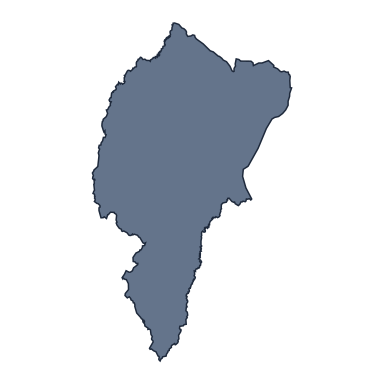 outline of Bolgatanga Municipal, Upper East, Ghana
{"feature_id": "2480657B19364380807593", "entity_name": "Bolgatanga Municipal", "entity_type": "district", "adm_level": 2, "iso_a3": "GHA", "parent_name": "Ghana", "parent_adm1": "Upper East", "projection": "equal_earth", "projection_center": [-0.942, 10.748], "detail": "fine", "context": "isolated", "style": "filled", "palette": "slate", "viewbox_px": 384, "rotation_deg": 0, "n_neighbors": 0, "source": "geoboundaries", "source_scale": "gbopen_adm2", "svg_char_len": 5912}
<svg xmlns="http://www.w3.org/2000/svg" viewBox="0 0 384 384"><path d="M291.6,87.9L290.2,87.6L289.8,80.5L290.2,76.4L289.6,74.8L288.9,74.6L288.2,72.1L286.4,72.2L284.1,71.1L281.7,71.8L280.4,71.5L277.6,68.8L273.6,67.0L273.8,65.4L268.5,60.6L262.1,63.0L258.8,63.0L253.4,65.6L253.0,62.9L251.0,61.2L240.7,61.1L238.9,59.5L236.2,58.9L235.2,63.9L235.5,66.1L234.1,68.3L234.0,71.4L233.2,71.6L232.0,70.8L230.0,66.3L226.5,61.7L223.3,60.1L221.7,58.2L219.4,56.4L218.3,56.2L213.3,51.9L210.2,50.8L203.2,43.9L196.4,39.0L195.1,37.3L194.6,35.4L192.8,34.9L190.8,36.0L187.7,36.4L186.3,33.9L186.5,32.0L185.7,30.4L183.9,28.7L181.9,28.0L178.8,24.4L174.6,23.0L173.1,23.2L173.0,24.8L172.1,24.9L172.5,26.3L172.0,27.6L171.9,29.9L170.3,31.1L170.0,32.0L170.5,34.8L169.9,35.8L170.2,36.5L169.4,37.2L169.6,36.5L169.1,35.9L167.0,38.7L166.9,37.5L166.4,37.9L166.5,38.8L165.8,38.9L165.2,40.7L164.6,40.2L164.2,41.5L164.6,41.9L164.5,44.2L165.1,44.4L164.9,45.7L163.0,46.4L162.8,48.3L161.3,49.0L161.5,50.0L160.6,51.8L160.1,51.3L159.2,52.2L159.4,53.0L158.6,53.0L158.4,54.1L159.6,54.9L159.3,55.7L158.5,55.8L158.0,54.8L157.6,56.5L157.1,55.5L156.7,56.9L155.5,56.6L155.5,58.1L154.4,57.4L153.2,57.6L152.9,58.5L150.7,59.8L150.3,61.3L149.4,60.5L146.5,60.4L144.9,59.2L142.8,59.5L141.5,57.6L140.4,57.3L139.4,58.8L138.0,59.4L138.0,60.5L136.8,61.5L136.3,62.8L136.4,66.7L134.7,67.2L133.4,68.6L132.9,68.3L132.5,69.5L130.5,71.3L129.9,70.6L128.2,70.3L127.3,71.1L125.2,75.1L124.4,75.4L125.0,76.5L124.2,77.8L124.4,80.6L124.0,81.2L124.9,81.5L124.4,83.1L122.5,84.2L121.7,83.2L120.5,83.2L120.2,83.9L118.7,82.2L118.1,84.7L117.4,84.4L115.5,86.7L116.3,88.7L115.9,89.7L113.5,91.0L113.4,92.0L112.7,91.9L112.7,92.4L111.6,93.0L111.1,97.6L110.3,97.8L109.1,100.0L109.8,101.6L111.2,101.8L110.2,103.9L110.4,105.4L108.8,107.2L107.7,109.6L106.4,110.0L107.6,113.4L106.3,116.6L103.2,119.3L103.1,120.8L102.4,121.4L102.0,123.7L101.9,126.0L103.3,130.4L103.9,132.0L104.9,130.8L105.0,134.0L106.1,134.7L105.1,137.5L103.4,137.4L102.6,140.9L101.1,143.0L100.9,145.0L99.2,145.3L98.6,147.9L99.6,149.0L98.3,152.9L99.0,155.6L97.8,166.5L93.9,170.1L93.8,171.0L92.4,173.0L93.4,175.7L92.8,176.9L92.6,178.6L93.4,179.5L94.6,179.2L94.9,180.0L94.1,180.4L94.3,183.7L93.8,184.2L94.5,190.3L93.8,191.2L93.0,193.5L94.2,194.0L94.7,195.1L94.5,196.2L95.0,196.6L94.5,198.1L95.2,199.0L95.0,200.5L94.4,201.5L96.9,203.4L98.2,203.7L99.9,205.5L100.1,207.0L99.3,207.3L99.0,208.0L99.0,210.6L101.0,217.8L103.2,217.7L104.2,216.8L106.5,218.5L107.7,214.7L108.3,214.7L110.5,212.2L114.2,212.4L114.4,213.2L116.0,214.1L116.6,215.5L116.1,220.0L117.0,222.2L116.2,223.0L117.0,225.1L119.3,228.3L121.4,229.3L121.6,230.9L122.5,231.4L123.8,231.0L127.1,232.8L128.9,235.2L130.0,235.5L131.0,235.4L132.5,234.1L132.9,234.9L134.3,234.2L137.6,235.3L138.7,237.0L139.9,237.6L143.0,242.9L144.2,243.4L145.5,242.8L144.6,245.5L142.5,245.9L142.5,247.2L141.5,249.2L140.7,250.1L140.0,249.9L139.4,251.4L136.0,253.0L133.0,257.5L133.2,261.5L134.9,261.8L136.3,263.5L137.8,263.4L137.7,264.7L133.6,267.8L132.4,270.8L130.3,272.2L129.1,272.2L126.1,270.7L124.5,274.2L122.1,277.7L122.8,278.9L123.2,278.1L125.0,279.4L126.4,279.6L128.4,283.7L128.5,289.6L125.3,293.5L125.0,295.5L127.3,297.9L129.3,296.8L130.7,298.5L131.0,299.9L132.8,300.9L133.3,302.8L134.3,302.9L134.9,304.9L134.8,306.4L136.7,313.0L140.7,317.5L141.4,318.8L142.6,319.3L142.9,321.3L143.9,320.4L144.5,321.2L144.4,322.2L143.6,322.6L144.7,324.2L144.9,326.0L148.0,328.1L147.9,329.4L149.4,329.1L150.4,329.8L151.0,334.5L152.3,336.6L151.6,338.5L151.7,339.6L152.9,340.7L153.1,342.0L149.5,348.3L150.1,349.3L151.5,349.0L153.5,350.7L156.0,351.8L158.1,356.1L159.0,356.4L159.2,357.3L158.8,359.2L159.2,360.1L160.1,361.0L161.0,358.9L162.0,358.4L162.7,356.8L166.1,356.1L166.5,354.1L167.8,352.3L167.9,351.2L169.2,350.5L169.3,349.0L171.4,347.4L171.3,346.0L171.8,345.3L174.6,343.6L175.1,344.7L175.6,344.7L177.7,342.8L178.2,341.5L177.9,340.4L178.9,338.9L178.6,335.2L180.7,331.7L181.1,330.0L180.8,329.5L180.4,329.8L179.5,328.4L179.8,326.3L183.3,325.8L184.1,324.6L186.2,324.3L185.9,319.5L187.2,317.6L186.7,316.8L187.7,315.2L187.3,312.2L185.9,310.7L186.4,306.9L187.1,306.8L186.4,305.1L186.6,303.6L187.7,301.9L187.6,300.7L187.0,300.4L187.1,299.6L186.3,298.2L187.1,296.8L186.3,296.3L186.5,295.3L186.2,295.1L186.8,293.9L188.2,293.3L188.1,292.3L188.6,292.5L189.4,291.0L188.9,288.9L189.8,288.0L190.3,288.2L191.3,284.6L192.4,283.8L192.1,283.1L193.2,281.5L193.1,280.4L193.6,280.4L193.7,279.5L194.1,279.8L195.0,278.5L195.3,277.2L194.1,275.8L194.7,274.3L194.3,271.0L195.5,271.4L195.4,270.3L196.3,268.8L197.5,268.8L198.2,267.6L198.9,268.1L199.7,266.9L199.7,265.5L200.5,265.3L200.9,262.8L201.6,262.0L201.4,261.6L201.3,262.0L200.1,262.0L199.6,261.1L200.3,260.2L199.8,259.3L198.8,258.9L200.2,257.5L199.5,256.6L199.5,256.1L200.2,256.2L200.3,254.7L199.6,254.8L199.6,253.5L200.3,253.3L200.0,251.7L201.2,251.2L200.8,250.7L201.1,250.0L200.6,249.9L201.3,248.3L200.4,247.8L200.3,246.9L201.0,247.0L202.1,245.5L201.5,245.9L201.0,245.0L201.0,240.9L201.6,237.8L201.2,236.6L201.7,235.7L201.5,233.1L201.8,232.1L202.7,231.1L204.0,232.2L205.3,231.7L205.3,230.3L204.3,229.7L204.8,228.6L204.5,228.0L204.9,227.6L205.3,228.6L206.3,227.2L207.4,228.2L207.7,227.1L208.2,227.4L208.5,225.2L208.9,225.8L208.9,225.1L209.6,224.8L209.5,223.4L210.1,221.5L212.4,219.3L211.9,218.5L212.8,217.5L213.3,218.1L213.9,217.3L215.0,217.8L215.9,216.7L217.6,217.6L219.2,216.7L220.0,215.6L219.6,214.5L220.8,211.3L220.6,209.8L221.5,208.8L221.2,208.3L221.4,204.5L223.1,202.9L226.3,202.2L227.1,200.8L227.0,199.8L227.7,199.8L227.7,198.4L229.1,198.2L231.9,201.5L234.0,202.4L234.6,202.1L235.2,203.7L238.3,205.6L239.7,204.4L241.0,201.9L242.2,201.9L243.0,201.2L245.3,201.7L245.9,201.1L246.4,199.0L247.8,199.2L249.3,198.6L250.8,200.0L251.7,199.0L245.9,187.9L242.6,176.4L243.3,169.3L248.1,166.2L258.1,148.3L266.4,128.4L272.0,119.0L274.7,117.4L278.6,116.5L282.6,113.5L285.7,109.9L288.1,105.3L288.1,101.2L289.6,96.3L289.7,93.4L291.6,87.9Z" fill="#64748b" stroke="#1e293b" stroke-width="1.5"/></svg>